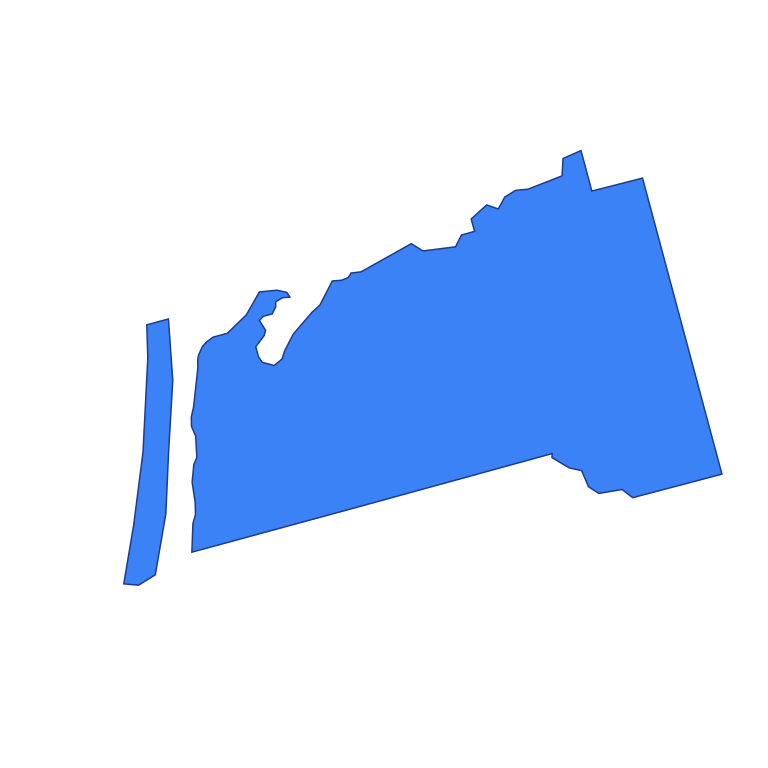 Kleberg, United States of America, rotated 165°
{"feature_id": "52423323B47433581718173", "entity_name": "Kleberg", "entity_type": "district", "adm_level": 2, "iso_a3": "USA", "parent_name": "United States of America", "parent_adm1": "", "projection": "orthographic", "projection_center": [-97.582, 27.423], "detail": "fine", "context": "isolated", "style": "filled", "palette": "blue", "viewbox_px": 768, "rotation_deg": 165, "n_neighbors": 0, "source": "geoboundaries", "source_scale": "gbopen_adm2", "svg_char_len": 1213}
<svg xmlns="http://www.w3.org/2000/svg" viewBox="0 0 768 768"><g transform="rotate(165 384 384)"><path d="M81.0,516.0L133.3,516.6L133.3,558.5L152.7,555.5L158.1,539.0L194.6,534.9L206.8,537.0L219.0,533.3L228.3,523.5L238.5,530.4L257.1,520.8L257.0,508.0L270.6,507.9L279.4,498.0L312.1,502.5L321.3,512.5L377.2,498.3L387.2,499.7L387.3,499.4L391.0,496.1L398.0,495.2L407.3,496.9L425.4,476.9L435.0,471.9L458.7,455.7L471.6,441.5L476.0,434.5L485.3,430.3L496.0,436.5L498.2,442.8L498.2,453.2L487.1,461.9L484.5,466.5L487.9,477.7L483.1,480.6L473.8,480.7L468.7,486.5L467.2,491.5L459.8,493.6L452.4,492.3L454.2,497.7L463.1,502.3L480.5,505.2L499.0,486.5L522.2,473.5L537.0,473.5L544.4,470.6L549.6,467.3L555.5,460.2L557.7,455.6L559.5,448.1L573.9,411.1L578.7,401.9L580.9,392.8L579.4,382.4L583.8,361.5L588.6,355.3L594.8,338.6L597.0,318.7L599.9,306.6L604.7,298.7L613.1,271.3L433.5,272.0L239.6,273.3L240.8,269.4L226.9,255.1L215.5,249.2L213.1,231.9L204.9,222.7L181.4,220.5L173.2,209.8L166.1,209.8L80.9,209.5L81.0,516.0ZM654.3,258.9L628.3,315.1L609.5,374.6L587.1,442.1L575.7,501.0L575.5,502.6L597.8,502.6L605.5,470.0L634.4,380.6L662.4,312.3L687.1,258.3L673.2,253.2L654.3,258.9Z" fill="#3b82f6" stroke="#1e3a8a" stroke-width="1.5"/></g></svg>